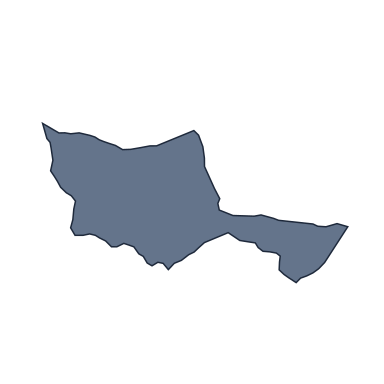 Tenório, Paraíba, Brazil (orthographic projection), rotated 64°
{"feature_id": "56859067B37048912753214", "entity_name": "Tenório", "entity_type": "district", "adm_level": 2, "iso_a3": "BRA", "parent_name": "Brazil", "parent_adm1": "Paraíba", "projection": "orthographic", "projection_center": [-36.622, -6.947], "detail": "fine", "context": "isolated", "style": "filled", "palette": "slate", "viewbox_px": 384, "rotation_deg": 64, "n_neighbors": 0, "source": "geoboundaries", "source_scale": "gbopen_adm2", "svg_char_len": 1272}
<svg xmlns="http://www.w3.org/2000/svg" viewBox="0 0 384 384"><g transform="rotate(64 192 192)"><path d="M143.8,161.2L137.6,163.4L135.0,203.6L132.1,209.7L129.6,218.8L126.8,228.4L123.5,235.8L116.6,240.4L111.7,245.5L108.0,249.2L104.4,252.5L100.1,255.1L96.4,258.9L89.4,267.5L86.5,275.5L83.1,280.3L80.6,285.7L64.9,296.2L80.4,299.0L85.2,297.8L90.8,299.4L102.5,303.1L111.0,309.8L117.4,308.9L123.0,308.3L130.2,308.0L137.6,305.3L142.5,302.1L149.1,300.7L155.5,305.7L164.6,311.2L171.0,316.8L179.7,316.1L183.2,308.8L184.8,302.4L188.6,297.8L192.8,295.2L198.1,291.1L205.9,288.4L208.3,283.6L208.3,275.8L211.9,272.1L215.8,268.3L224.3,266.9L228.5,264.0L236.2,263.4L240.8,260.3L240.2,253.5L243.5,249.2L251.4,247.3L248.3,239.2L248.8,231.5L246.9,222.4L246.9,216.4L245.0,210.4L242.9,203.0L244.4,177.3L256.5,170.3L261.0,163.9L265.5,157.4L270.9,156.9L276.4,154.2L279.9,148.3L283.9,142.9L288.3,140.8L293.2,144.0L300.2,147.8L306.5,145.4L311.6,142.6L319.1,138.1L317.0,132.2L317.7,125.7L317.7,118.7L316.5,111.8L313.5,103.7L291.5,67.2L284.0,75.5L282.0,86.8L277.9,94.0L273.8,97.3L255.4,126.6L251.5,130.2L242.9,140.0L241.0,146.7L231.1,165.5L220.2,175.4L213.6,173.8L210.2,170.0L198.6,170.3L174.6,169.6L167.0,166.0L156.1,162.4L143.8,161.2Z" fill="#64748b" stroke="#1e293b" stroke-width="1.5"/></g></svg>